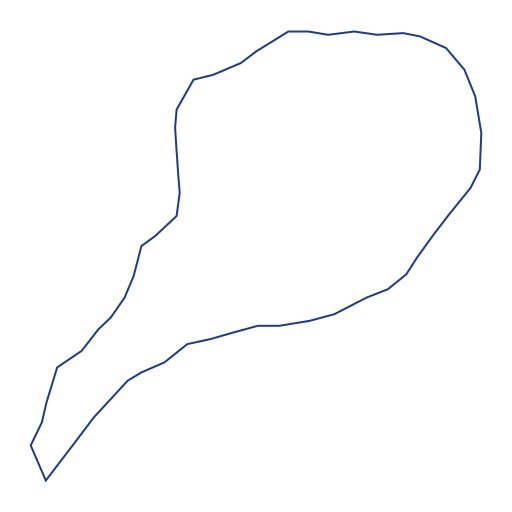 Karpaseia, Cyprus (Equal Earth projection)
{"feature_id": "46923920B2275839415846", "entity_name": "Karpaseia", "entity_type": "district", "adm_level": 2, "iso_a3": "CYP", "parent_name": "Cyprus", "parent_adm1": "", "projection": "equal_earth", "projection_center": [33.063, 35.283], "detail": "fine", "context": "isolated", "style": "outline", "palette": "blue", "viewbox_px": 512, "rotation_deg": 0, "n_neighbors": 0, "source": "geoboundaries", "source_scale": "gbopen_adm2", "svg_char_len": 763}
<svg xmlns="http://www.w3.org/2000/svg" viewBox="0 0 512 512"><path d="M45.8,480.5L72.5,445.6L93.9,417.3L110.8,399.0L127.6,380.7L141.4,372.4L164.4,362.4L187.3,344.1L210.3,339.1L233.3,332.5L257.8,325.8L279.2,325.8L309.8,320.8L334.3,314.2L366.5,297.6L387.9,289.2L406.3,274.3L417.0,257.6L433.8,234.3L449.1,214.4L470.6,187.8L479.8,169.5L481.3,132.9L475.2,96.3L464.4,69.7L446.1,48.1L420.0,36.4L403.2,33.1L377.2,34.8L354.2,31.5L328.2,34.8L308.3,31.5L288.4,31.5L256.2,51.4L240.9,63.0L213.4,74.7L193.5,79.7L176.6,109.6L175.1,127.9L176.6,151.2L178.1,172.8L179.7,192.8L176.6,216.0L155.2,236.0L141.4,246.0L133.7,275.9L124.6,297.6L110.8,317.5L98.5,329.2L81.7,350.8L57.2,367.4L46.5,402.4L41.9,422.3L30.7,445.4L45.8,480.5Z" fill="none" stroke="#1e3a8a" stroke-width="2"/></svg>